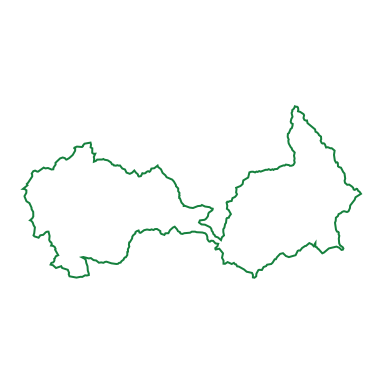 Chota, Cajamarca, Peru (orthographic projection)
{"feature_id": "86281439B88377451939403", "entity_name": "Chota", "entity_type": "district", "adm_level": 2, "iso_a3": "PER", "parent_name": "Peru", "parent_adm1": "Cajamarca", "projection": "orthographic", "projection_center": [-78.849, -6.383], "detail": "fine", "context": "isolated", "style": "outline", "palette": "green", "viewbox_px": 384, "rotation_deg": 0, "n_neighbors": 0, "source": "geoboundaries", "source_scale": "gbopen_adm2", "svg_char_len": 6008}
<svg xmlns="http://www.w3.org/2000/svg" viewBox="0 0 384 384"><path d="M361.0,193.8L359.5,191.7L358.2,190.9L357.2,189.0L356.5,188.8L354.8,189.9L353.7,189.5L353.1,187.7L351.9,186.5L349.2,184.6L347.2,184.8L345.0,182.8L344.6,180.7L345.2,178.6L344.5,173.5L343.2,172.0L341.0,167.7L339.1,167.1L338.0,166.3L337.8,163.0L337.1,162.3L336.0,162.6L334.8,160.4L334.0,154.9L334.6,150.6L331.7,148.2L330.5,148.3L327.8,147.2L326.1,147.5L324.9,144.3L323.8,143.3L322.4,143.5L321.6,142.9L320.6,140.7L321.2,139.3L321.0,136.6L318.9,135.0L318.4,133.8L317.0,132.4L315.5,131.7L315.1,129.4L307.5,123.1L307.0,120.5L305.9,120.6L304.4,119.9L303.5,118.0L304.1,115.2L303.5,114.1L300.2,111.9L298.0,111.3L298.3,109.3L297.9,107.4L296.9,106.7L296.0,106.8L294.9,106.3L294.0,108.5L292.2,110.2L292.4,111.1L291.6,113.0L292.5,116.8L291.3,119.0L290.7,121.8L291.4,123.3L292.7,123.9L292.5,125.8L291.8,128.1L290.6,129.0L288.9,133.1L287.9,133.8L287.7,136.9L288.7,139.6L288.3,140.8L288.7,143.4L290.8,147.3L291.8,148.3L292.1,149.7L294.7,152.5L294.0,155.7L294.6,158.5L294.2,160.6L294.7,162.3L294.3,163.5L293.2,165.1L291.6,165.7L289.8,165.8L289.0,165.1L285.8,164.6L284.7,165.5L283.4,165.4L279.4,166.9L277.3,168.9L274.4,169.2L273.5,169.9L272.5,169.3L270.7,170.0L268.7,169.2L267.5,169.8L265.6,169.8L260.7,171.6L259.2,171.1L257.7,171.9L256.4,171.6L255.1,172.4L253.0,171.7L251.0,171.8L249.4,172.4L248.2,177.5L243.3,180.4L242.6,184.1L240.5,186.0L236.1,187.8L236.5,189.3L236.1,192.5L237.0,194.2L236.3,195.5L234.9,197.0L232.5,198.1L231.6,201.0L229.3,201.3L228.5,201.9L227.3,201.7L226.6,202.6L227.3,205.8L226.9,208.8L228.7,210.1L230.9,214.1L229.2,216.5L228.8,217.7L227.0,218.0L226.5,218.6L226.0,222.8L225.1,224.1L224.4,227.6L223.3,229.2L223.3,232.0L224.0,235.4L221.9,237.3L221.0,240.1L217.9,237.4L215.3,236.5L214.6,235.0L213.5,234.2L212.7,231.9L211.8,230.9L211.2,228.6L210.1,227.2L205.0,224.7L201.5,224.4L199.0,222.5L199.9,220.4L204.6,219.8L206.1,218.7L207.9,216.3L208.4,213.5L209.0,212.5L211.8,210.6L212.6,209.7L212.7,208.7L211.2,208.4L209.7,207.2L205.0,206.5L201.9,205.0L200.9,205.8L197.8,206.1L193.0,208.0L189.7,207.6L185.1,205.9L183.7,206.0L183.7,204.9L181.5,202.6L180.0,198.5L179.1,197.9L179.4,197.1L179.1,196.2L179.6,195.4L179.2,194.3L179.5,193.0L178.2,191.2L178.2,188.4L176.0,186.2L175.9,185.0L173.9,181.5L172.2,179.6L166.6,177.2L165.4,175.3L162.6,172.9L161.0,169.3L158.0,166.9L157.6,165.6L154.3,168.2L151.4,168.6L150.4,170.9L149.5,171.8L148.1,171.2L146.5,171.9L145.5,173.1L143.8,173.5L142.4,173.2L140.9,176.1L138.9,176.5L138.1,175.7L137.9,174.4L135.9,172.6L134.3,170.5L132.1,172.7L129.8,173.8L126.5,172.6L125.0,169.5L122.3,168.5L120.0,165.5L118.4,165.6L117.3,165.2L115.9,165.7L113.8,165.4L113.5,164.7L112.0,164.3L110.9,162.4L107.7,160.3L104.4,159.7L103.4,159.0L102.2,159.5L97.2,159.6L95.9,160.9L93.9,161.7L94.2,158.8L93.8,157.0L95.3,153.7L93.5,153.8L92.2,152.8L92.3,148.3L90.6,147.4L91.0,144.6L90.5,142.6L84.5,143.7L82.9,145.6L82.9,146.3L82.0,147.0L76.9,146.6L74.4,147.7L74.3,148.3L75.2,148.8L75.1,150.8L72.7,155.0L69.2,158.1L66.6,159.6L66.0,159.5L64.8,158.1L62.7,157.5L60.1,158.4L55.5,162.8L55.6,164.6L53.6,167.5L53.3,169.3L51.5,169.5L48.0,168.0L45.4,168.4L43.7,167.6L38.1,171.6L37.2,171.6L35.1,170.6L33.3,171.2L31.7,173.6L32.2,174.8L32.2,176.5L28.1,182.7L26.8,184.0L27.5,185.3L23.0,188.9L24.6,189.0L26.4,190.3L26.3,192.9L24.5,196.1L24.6,196.7L26.5,201.3L29.4,203.1L31.5,207.6L31.6,209.2L33.2,211.9L33.3,216.4L32.4,218.2L30.1,220.3L31.2,220.7L32.7,222.5L33.7,225.5L34.9,227.3L34.2,233.4L33.5,235.4L34.5,236.4L38.6,237.7L40.3,235.3L43.3,234.8L45.7,232.3L47.0,231.7L48.5,231.7L49.6,236.0L49.2,239.9L50.0,241.6L51.3,242.5L51.8,244.1L51.1,245.6L53.1,245.9L54.7,247.0L55.6,248.9L55.1,249.7L58.2,255.2L55.8,256.3L54.9,258.3L54.2,258.9L54.5,259.9L54.1,261.3L53.3,262.3L51.4,262.9L50.6,264.6L52.9,265.2L56.0,268.0L61.2,266.2L62.2,268.0L67.8,269.8L69.1,272.9L68.7,274.1L69.5,276.3L76.5,277.6L80.6,276.8L82.3,276.9L85.1,275.3L86.8,275.5L88.8,275.1L88.8,273.7L87.8,270.6L87.5,266.2L86.3,263.0L85.8,260.0L84.6,258.7L81.9,257.3L83.3,257.0L88.7,258.4L90.9,258.1L93.5,260.1L96.2,260.5L98.9,262.7L101.3,262.4L103.4,262.8L105.1,261.9L106.5,261.7L111.4,263.3L116.4,264.0L118.0,263.8L119.0,262.9L120.6,262.6L121.4,261.3L123.7,259.5L123.9,258.5L125.0,257.4L125.9,257.2L127.3,255.0L127.3,252.0L128.0,251.7L127.9,249.2L129.3,246.6L128.9,244.9L129.2,242.4L129.9,242.1L132.1,238.5L132.3,236.7L133.1,235.4L135.3,233.5L135.4,232.3L136.5,231.3L138.6,230.5L139.5,232.6L140.6,232.8L144.1,230.2L147.0,229.5L150.0,230.0L151.5,229.4L153.6,230.0L154.9,229.1L157.0,229.0L160.3,231.1L160.3,232.6L161.3,233.9L164.4,234.9L165.4,233.3L168.4,233.2L170.0,230.2L173.0,227.5L174.7,226.7L177.0,229.3L178.0,231.2L179.9,232.1L180.3,233.2L181.1,233.7L182.5,233.9L184.3,233.2L190.1,232.7L191.8,231.7L195.2,231.7L196.6,232.2L202.3,232.5L205.2,233.3L206.5,234.6L207.3,236.7L207.4,239.2L208.8,241.3L209.9,241.7L211.2,240.7L213.2,240.9L215.5,243.4L218.2,243.8L217.4,246.3L215.3,248.1L215.4,249.1L215.7,249.5L219.3,248.7L223.0,253.3L222.0,257.8L223.5,260.5L223.5,263.7L225.0,263.8L227.6,262.1L231.7,264.0L233.9,262.9L235.0,264.2L236.1,264.4L237.2,266.4L238.7,266.5L244.1,269.5L246.6,271.7L252.0,272.9L252.9,274.8L252.9,277.4L254.5,277.7L256.2,276.3L256.4,273.7L258.3,270.2L259.1,269.8L261.9,270.0L263.6,267.0L266.1,266.1L267.1,264.7L271.2,264.0L272.6,262.7L274.7,259.3L275.9,259.2L276.9,257.3L280.1,253.9L283.0,253.2L285.9,256.0L288.9,257.1L295.6,255.2L297.7,250.9L298.8,250.4L300.1,250.6L302.1,248.0L305.1,246.0L306.0,245.9L309.3,243.1L311.9,244.3L313.9,246.4L314.8,245.4L314.7,244.1L315.4,243.0L315.3,245.8L315.8,246.9L317.0,247.4L317.6,248.6L318.4,248.9L322.3,253.3L323.9,252.6L328.9,248.4L336.5,246.6L339.3,247.8L341.5,249.9L342.8,249.7L343.4,248.5L342.8,247.3L340.1,245.3L339.2,243.4L338.8,238.6L339.3,235.8L338.6,234.2L338.8,232.7L338.3,231.9L337.0,231.6L336.0,229.7L335.0,222.7L335.7,220.9L335.9,217.7L337.9,216.1L338.6,214.1L340.7,213.2L342.3,211.8L344.0,211.2L347.0,212.0L348.5,211.3L349.9,208.2L350.2,205.5L354.7,199.7L355.5,197.3L361.0,193.8Z" fill="none" stroke="#15803d" stroke-width="2"/></svg>